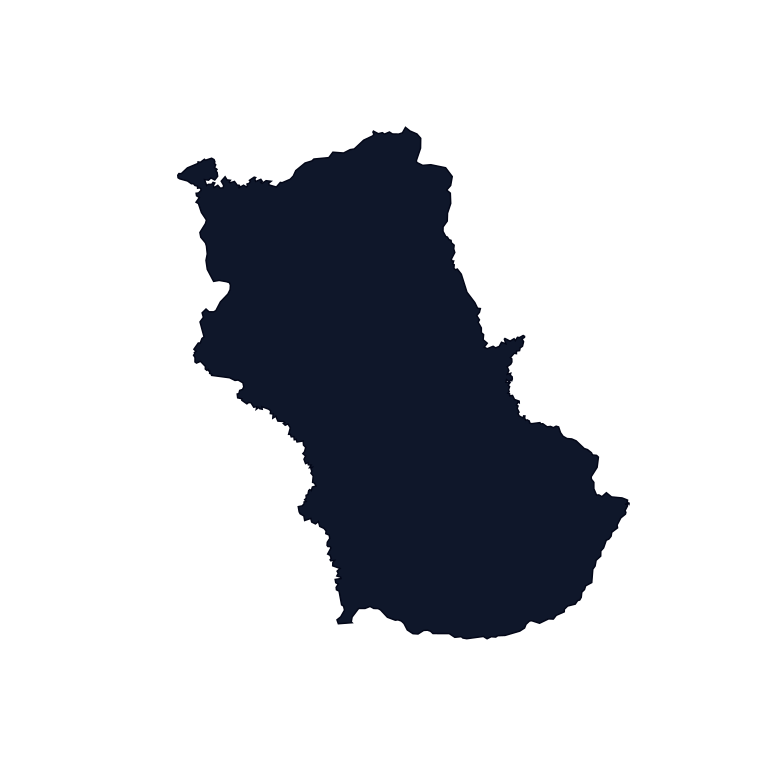 Ngada, Nusa Tenggara Timur, Indonesia, rotated 325°
{"feature_id": "22746128B33181363193361", "entity_name": "Ngada", "entity_type": "district", "adm_level": 2, "iso_a3": "IDN", "parent_name": "Indonesia", "parent_adm1": "Nusa Tenggara Timur", "projection": "albers", "projection_center": [120.974, -8.65], "detail": "fine", "context": "isolated", "style": "filled", "palette": "ink", "viewbox_px": 768, "rotation_deg": 325, "n_neighbors": 0, "source": "geoboundaries", "source_scale": "gbopen_adm2", "svg_char_len": 6160}
<svg xmlns="http://www.w3.org/2000/svg" viewBox="0 0 768 768"><g transform="rotate(325 384 384)"><path d="M209.1,554.2L220.9,561.2L220.7,560.1L224.2,556.6L234.5,553.3L239.8,557.0L245.0,558.2L246.9,562.0L250.4,564.6L251.6,567.1L253.0,577.0L257.8,584.0L260.2,585.2L262.3,588.2L263.0,591.6L262.0,598.8L264.5,605.1L268.5,608.3L275.1,608.6L278.4,610.6L280.3,613.2L281.0,616.5L294.3,625.9L296.7,632.1L302.4,635.3L302.9,637.3L305.7,640.1L320.6,647.8L322.3,651.8L326.9,652.5L330.4,655.4L332.8,655.4L339.0,659.4L353.5,664.3L359.2,664.5L362.5,662.3L367.3,661.6L369.2,662.6L374.2,669.2L384.1,670.8L387.9,673.7L392.4,672.3L401.0,674.0L402.5,672.0L407.1,671.2L414.4,674.0L418.3,672.5L420.4,673.2L423.2,671.9L426.6,668.0L430.3,667.4L433.4,665.0L440.3,665.8L448.8,655.5L452.5,654.2L456.6,650.1L462.8,649.3L465.8,645.2L469.9,644.2L476.4,639.5L479.3,640.0L482.8,638.9L485.5,636.1L492.8,635.8L494.1,633.2L501.2,629.5L507.1,629.1L508.5,627.9L508.8,626.0L513.6,623.5L514.2,621.9L512.3,620.8L515.2,621.4L515.7,623.0L516.4,622.2L515.3,620.6L516.9,618.8L516.3,617.8L513.7,613.9L505.6,607.0L503.8,600.6L497.9,601.3L496.4,598.1L494.4,596.9L495.8,590.2L499.5,584.9L499.3,581.0L500.5,578.8L510.8,574.5L517.7,566.9L517.2,564.4L514.1,561.7L514.5,559.3L513.1,554.5L511.0,551.7L508.8,540.8L506.3,536.7L502.6,533.6L500.7,529.5L500.7,525.1L502.4,519.3L500.8,517.3L497.7,516.9L496.1,514.3L493.1,512.7L491.3,507.6L489.5,506.6L489.6,505.1L482.0,501.1L481.0,499.3L481.8,497.7L480.7,495.5L479.3,495.1L479.6,492.6L481.1,491.0L480.1,490.2L478.3,491.5L476.4,487.6L476.9,484.9L478.5,484.5L479.0,480.5L481.2,478.9L480.4,477.3L483.2,475.7L484.0,477.0L484.9,475.6L482.0,471.5L482.7,467.1L480.2,465.8L481.3,463.8L480.2,462.5L482.3,461.9L482.6,460.2L485.4,458.2L485.0,456.2L487.9,455.2L484.8,452.5L486.9,450.6L488.1,454.2L489.8,453.4L490.5,454.6L492.0,453.5L493.1,451.6L492.5,449.2L494.0,447.9L490.5,446.8L494.0,444.5L494.8,440.5L499.1,440.5L501.4,439.3L503.1,436.7L502.6,434.9L508.3,433.5L509.9,435.1L511.4,433.0L514.2,434.4L516.2,432.5L519.1,432.5L522.6,429.4L522.9,426.2L525.8,426.4L526.5,425.6L525.8,424.1L521.6,423.7L520.1,422.3L516.4,423.8L516.5,421.5L511.9,421.2L509.2,416.1L508.3,416.3L506.9,421.0L504.2,417.2L500.0,419.3L496.1,418.4L495.0,415.7L488.8,414.3L487.2,411.3L492.0,409.8L490.6,404.6L493.9,400.7L493.2,397.8L495.9,393.9L496.5,387.4L499.0,386.2L499.2,381.2L503.3,380.0L506.2,377.5L504.1,375.6L505.1,369.4L504.6,356.4L510.3,338.4L510.0,331.9L508.0,331.4L507.6,329.3L509.9,326.6L509.2,325.2L511.6,323.2L510.4,322.3L510.7,320.4L517.4,316.9L518.6,313.3L521.1,310.5L520.2,307.0L521.3,304.8L520.0,303.0L520.2,300.0L519.2,298.6L519.9,292.8L522.5,289.2L529.3,286.8L534.0,280.5L542.2,274.4L547.8,265.7L546.6,261.1L552.5,259.6L558.9,253.2L558.5,242.2L548.1,231.2L541.1,227.1L537.9,221.3L538.7,219.5L549.2,211.8L555.0,203.8L554.4,198.1L550.4,191.6L548.8,186.1L543.2,188.8L539.5,187.8L534.3,184.0L533.0,180.7L527.7,179.6L526.8,177.2L522.9,175.7L520.4,170.8L519.4,171.3L519.0,173.6L517.1,174.3L507.2,172.6L494.4,174.4L490.7,172.6L483.4,171.6L475.1,164.8L468.6,166.9L455.6,159.5L452.8,159.9L446.1,157.7L434.1,158.6L429.0,161.6L424.6,162.5L416.0,160.7L414.7,159.4L408.8,160.9L404.1,155.1L404.6,153.4L407.8,153.2L404.0,149.8L399.1,149.8L398.6,148.3L400.5,148.2L400.5,145.7L395.1,144.5L395.7,141.9L397.3,141.3L396.3,140.1L390.6,140.0L390.7,141.4L388.8,142.3L386.5,141.6L385.6,143.6L384.3,143.7L383.0,140.6L377.0,140.1L379.3,139.1L379.3,138.0L377.8,137.1L377.7,132.3L373.2,130.9L373.0,129.8L375.0,129.0L372.5,126.8L372.7,123.1L367.0,124.5L366.6,129.3L364.8,131.0L362.2,129.7L361.8,125.9L357.5,125.7L358.2,123.4L360.7,122.3L359.6,120.8L357.4,121.6L354.6,119.7L352.6,119.7L354.2,113.6L357.2,116.4L360.4,115.9L362.4,119.8L366.9,118.4L368.7,114.9L368.3,113.0L370.3,112.4L369.3,109.5L371.9,107.9L371.6,105.9L372.9,105.0L373.5,102.7L372.3,100.2L366.1,98.3L365.8,96.9L360.8,97.1L359.1,95.4L358.0,96.6L346.9,94.2L338.6,95.4L336.7,94.0L334.8,94.7L333.6,96.9L334.3,98.7L339.5,105.0L341.1,109.5L342.8,110.6L343.0,112.9L344.7,114.9L343.6,116.7L345.5,117.6L345.9,119.2L345.1,120.5L341.6,121.1L339.5,120.0L338.4,122.3L339.7,125.3L334.3,127.3L335.5,129.7L332.8,138.8L332.6,147.8L329.7,150.2L320.1,154.3L318.1,158.7L318.7,165.9L317.7,169.1L313.8,176.1L309.1,180.6L305.0,188.7L303.3,202.2L308.4,204.6L313.6,209.8L315.5,212.3L314.9,214.9L312.1,218.4L307.7,220.8L297.1,222.9L288.3,227.5L285.7,227.1L282.1,224.5L281.2,220.5L275.8,221.4L274.3,225.8L268.9,227.6L263.6,242.2L261.0,242.3L257.0,245.0L255.4,243.9L248.2,246.5L248.8,249.4L246.7,249.5L246.3,250.7L244.5,251.2L244.4,253.9L241.8,257.5L242.4,259.3L246.7,260.2L247.8,267.2L246.2,269.2L246.7,271.1L248.2,271.1L247.8,272.6L248.7,273.5L247.3,275.2L248.5,277.6L247.8,278.1L261.1,290.3L264.0,295.6L266.8,297.1L269.1,302.1L267.5,305.9L265.0,307.3L262.1,306.5L259.6,308.6L258.0,308.0L256.2,311.4L259.1,314.6L258.2,315.8L260.3,321.6L262.4,321.5L264.3,323.0L264.0,328.3L266.9,329.6L264.9,331.4L268.1,331.3L268.0,332.9L269.8,334.8L270.9,332.5L275.1,338.5L275.8,341.0L273.9,343.0L276.0,345.0L273.3,348.2L276.9,348.4L275.8,353.5L280.3,357.2L280.6,358.8L278.9,358.6L279.4,361.1L282.5,361.7L282.1,366.2L277.0,370.5L278.5,371.6L277.7,374.1L280.0,375.4L278.5,378.2L280.3,378.9L279.5,381.6L285.1,384.3L283.0,387.9L283.5,391.0L280.0,393.9L277.6,394.5L278.5,398.0L275.3,399.7L274.1,404.2L276.7,404.8L275.7,406.8L277.8,408.6L275.0,409.8L277.5,411.1L275.5,411.6L274.9,414.0L273.0,415.1L273.3,418.7L269.1,423.6L270.2,425.3L269.8,428.6L266.3,427.3L263.3,429.6L262.6,427.9L261.2,428.1L258.3,430.9L256.3,430.5L254.7,433.1L252.7,433.2L252.8,435.6L250.9,434.8L249.8,436.3L247.1,436.9L243.4,435.3L241.2,440.0L240.9,442.2L242.7,446.1L240.7,450.3L246.9,452.1L245.6,455.6L247.6,459.3L251.4,459.0L249.7,463.8L252.0,467.8L252.3,471.1L250.5,473.2L252.4,476.3L251.0,479.4L246.8,481.1L244.8,483.5L244.8,484.9L246.7,486.4L246.5,487.9L240.3,491.0L241.6,493.4L240.7,496.6L239.1,497.0L238.9,498.2L242.4,500.2L239.6,501.0L237.7,503.5L242.2,509.9L238.2,510.4L237.9,512.9L235.2,514.2L237.7,517.4L237.2,518.7L231.9,516.1L230.5,519.1L231.8,521.7L228.2,523.1L227.0,525.3L228.4,527.9L222.6,540.6L223.5,542.8L221.9,546.6L215.0,549.9L210.2,550.2L209.1,554.2Z" fill="#0f172a" stroke="#020617" stroke-width="1.5"/></g></svg>